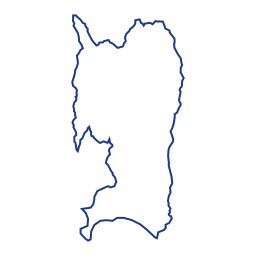 Peñuelas, Puerto Rico
{"feature_id": "32010507B14079989067624", "entity_name": "Peñuelas", "entity_type": "district", "adm_level": 2, "iso_a3": "PRI", "parent_name": "Puerto Rico", "parent_adm1": "", "projection": "natural_earth1", "projection_center": [-66.73, 18.055], "detail": "fine", "context": "isolated", "style": "outline", "palette": "blue", "viewbox_px": 256, "rotation_deg": 0, "n_neighbors": 0, "source": "geoboundaries", "source_scale": "gbopen_adm2", "svg_char_len": 2770}
<svg xmlns="http://www.w3.org/2000/svg" viewBox="0 0 256 256"><path d="M163.0,21.7L158.7,21.4L158.0,21.6L155.5,21.1L152.6,24.2L150.0,22.8L144.7,23.7L143.7,25.6L142.4,23.5L141.0,22.9L139.6,19.4L135.3,20.3L135.4,22.7L134.7,24.8L132.0,27.8L130.3,28.8L129.2,31.1L126.1,34.1L125.0,37.7L125.7,41.1L123.9,43.5L122.9,46.4L117.8,47.9L112.4,43.4L110.1,42.5L108.5,40.0L103.9,41.2L102.9,42.4L100.1,42.5L98.9,43.1L98.6,44.5L96.4,45.5L92.4,40.7L89.9,36.3L87.4,31.0L87.8,29.2L85.4,26.0L85.1,23.9L82.7,22.8L80.6,19.8L77.0,16.7L76.1,15.5L73.2,15.4L73.0,21.0L74.4,23.6L73.5,25.8L77.8,32.9L78.8,37.2L79.1,41.2L81.7,45.1L82.8,48.4L80.6,49.9L78.0,54.6L76.9,55.5L78.0,62.8L77.0,66.6L76.1,68.5L75.4,69.6L74.8,73.4L74.6,74.5L72.3,82.1L73.0,85.8L75.8,88.1L76.9,90.0L76.5,92.3L76.8,96.0L75.6,96.8L76.4,98.2L76.1,100.6L74.4,102.2L73.3,106.4L74.2,109.3L73.9,110.9L75.1,112.6L75.1,115.4L75.9,117.3L73.4,120.3L72.5,122.8L73.8,125.3L73.4,127.0L76.2,132.6L76.2,135.1L74.3,136.8L74.4,141.5L75.5,142.9L76.6,149.9L77.8,151.2L78.6,147.8L80.1,143.6L80.4,139.8L82.2,138.6L84.6,132.9L87.0,130.6L87.9,128.1L89.2,126.8L90.2,130.5L91.2,132.0L91.0,134.2L91.7,136.2L93.1,136.3L94.1,138.0L97.4,141.1L100.0,143.0L103.5,141.4L107.6,142.8L109.4,139.2L110.1,142.9L112.3,144.8L112.4,146.3L109.8,148.2L108.9,150.4L110.0,154.3L108.1,156.4L106.7,159.5L105.9,163.1L108.1,165.2L111.3,171.4L112.8,173.2L112.6,174.5L114.9,177.3L116.3,181.6L114.5,186.1L110.7,187.4L108.1,186.2L105.7,187.1L97.3,191.1L94.3,197.0L94.4,198.5L93.5,203.6L93.0,204.6L90.8,207.6L82.0,208.9L82.2,209.1L82.8,209.8L85.4,212.7L85.8,213.1L87.9,218.4L88.1,218.9L87.5,225.9L81.7,228.4L80.6,228.8L80.6,233.6L81.2,234.2L84.8,238.1L85.8,239.0L88.1,240.6L88.9,240.2L90.6,239.4L91.2,231.6L91.2,231.4L94.3,225.0L94.4,224.9L100.3,220.8L104.5,220.4L106.4,220.2L106.6,220.2L109.7,220.5L112.6,220.8L117.1,217.9L123.5,217.9L124.0,217.9L124.3,218.0L129.0,219.3L132.0,220.2L135.6,222.0L139.9,224.2L140.2,224.3L146.5,229.4L155.1,237.4L156.9,238.2L157.0,237.9L158.2,232.3L164.1,229.9L165.8,227.5L165.5,224.9L169.3,222.8L171.8,218.4L171.1,216.4L170.2,216.0L168.8,214.7L168.7,214.4L168.8,214.0L169.1,213.8L170.0,212.1L169.5,210.7L170.5,208.6L168.5,205.5L168.7,203.1L167.9,201.0L168.9,195.9L170.5,192.7L170.1,187.4L172.1,183.6L172.2,182.5L171.5,176.4L169.1,167.2L168.6,164.1L169.1,163.5L168.6,160.9L168.1,155.3L168.6,149.4L169.7,146.5L172.8,142.0L172.9,141.0L173.3,139.4L170.6,131.3L172.2,128.3L173.8,123.0L174.8,116.6L174.6,114.3L177.1,112.5L178.9,108.0L180.4,105.7L180.7,103.9L179.0,100.5L179.5,97.3L180.6,91.6L179.6,90.2L180.2,88.2L181.8,86.4L182.2,80.8L183.7,78.1L180.6,72.4L180.8,67.8L182.1,64.9L181.4,62.7L180.8,58.4L178.0,54.4L174.4,47.8L174.1,43.7L174.6,42.5L174.5,38.6L169.8,32.7L169.4,30.5L165.4,28.6L163.0,21.7Z" fill="none" stroke="#1e3a8a" stroke-width="2"/></svg>